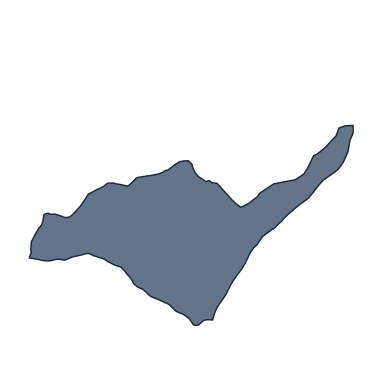 the district of Chhali, Mongar, Bhutan, rotated 205°
{"feature_id": "84629894B6753037066473", "entity_name": "Chhali", "entity_type": "district", "adm_level": 2, "iso_a3": "BTN", "parent_name": "Bhutan", "parent_adm1": "Mongar", "projection": "equal_earth", "projection_center": [91.234, 27.295], "detail": "fine", "context": "isolated", "style": "filled", "palette": "slate", "viewbox_px": 384, "rotation_deg": 205, "n_neighbors": 0, "source": "geoboundaries", "source_scale": "gbopen_adm2", "svg_char_len": 2657}
<svg xmlns="http://www.w3.org/2000/svg" viewBox="0 0 384 384"><g transform="rotate(205 192 192)"><path d="M316.5,109.3L316.3,107.8L314.8,102.9L314.4,98.4L315.5,94.5L316.2,86.6L316.5,78.9L313.3,70.8L311.9,69.0L311.9,67.0L311.6,63.6L301.4,66.3L300.1,66.4L297.0,67.3L293.4,68.6L290.7,70.3L287.0,73.3L284.5,74.7L279.5,76.2L278.4,76.5L275.6,79.6L274.2,81.2L271.9,83.5L269.3,85.4L266.5,87.5L264.7,89.0L263.5,90.0L262.3,91.2L260.4,92.3L258.5,92.7L257.2,92.7L253.5,92.7L252.2,93.1L248.6,93.3L247.5,93.7L244.2,94.1L242.3,94.0L240.1,93.5L238.4,93.3L231.0,93.2L224.5,93.9L222.5,92.9L220.9,92.4L219.4,91.8L216.2,90.1L213.3,89.0L210.2,87.3L207.7,85.6L206.4,84.5L204.2,83.7L201.8,83.0L199.7,82.9L196.6,83.0L194.2,82.7L191.3,81.8L188.1,80.6L185.5,80.0L183.3,79.9L180.2,80.2L178.6,80.2L173.6,80.4L170.0,80.2L167.3,80.6L164.3,80.1L161.5,79.0L158.1,77.8L155.8,77.2L152.7,77.2L149.1,77.5L145.6,77.1L140.6,75.8L137.1,73.8L134.6,72.2L131.9,72.8L129.9,74.2L128.7,77.0L127.1,80.5L124.5,82.6L119.2,84.8L120.3,91.0L120.5,93.7L120.4,98.1L119.9,102.3L118.7,108.4L117.9,114.1L117.9,116.8L117.7,124.4L116.9,130.8L116.1,135.3L115.8,136.7L114.4,143.0L113.7,150.0L113.6,156.8L113.6,161.0L112.7,166.2L112.0,169.0L110.8,171.6L110.3,175.4L109.8,178.7L108.9,182.1L107.6,184.5L104.4,190.3L101.6,195.1L99.6,200.9L98.4,203.3L97.4,207.5L94.5,214.6L92.1,220.0L89.1,226.1L86.6,230.7L83.8,235.7L82.5,240.8L81.1,246.9L79.4,254.0L77.8,258.6L75.0,263.6L73.3,266.3L70.9,270.8L69.1,274.4L68.5,277.4L67.5,282.9L67.5,288.1L67.7,294.6L69.6,301.5L70.8,306.3L70.8,312.8L72.5,317.1L74.3,320.4L81.3,316.6L85.8,312.1L85.3,305.8L85.1,304.0L85.7,302.2L86.8,298.8L89.9,289.1L90.4,288.0L93.6,281.1L95.2,278.5L97.1,276.4L97.2,269.6L97.3,262.5L98.2,255.6L100.0,252.5L103.6,246.7L109.0,242.8L112.2,240.5L117.1,237.0L121.3,234.0L126.2,225.9L130.2,219.2L130.6,215.6L132.7,211.6L135.9,205.5L141.3,198.7L147.1,200.0L151.0,201.3L153.0,201.9L156.4,203.4L164.3,206.8L169.6,209.1L173.1,210.4L177.7,208.8L181.3,209.6L183.7,207.3L188.3,208.1L192.9,208.7L196.9,210.6L200.9,213.6L204.1,217.3L208.6,218.7L210.1,217.9L212.6,216.7L216.3,213.8L219.1,209.4L221.4,204.9L223.3,201.5L225.0,200.4L227.2,197.1L228.2,196.0L230.1,194.1L232.0,192.6L237.5,188.7L238.6,188.2L240.0,187.2L246.9,182.5L248.1,181.4L248.7,180.2L249.4,177.9L250.2,175.9L251.2,173.1L252.3,170.9L253.0,170.1L255.4,169.6L257.4,169.0L258.8,168.8L260.0,168.5L261.3,168.2L263.8,167.4L267.0,166.9L270.2,165.3L272.2,164.4L273.4,162.0L274.4,159.9L275.3,158.6L279.1,154.2L281.0,151.5L285.1,146.1L285.8,139.4L287.3,131.7L290.5,121.3L292.5,117.5L295.9,115.2L300.9,114.8L306.3,114.2L310.6,112.1L313.5,111.9L316.5,109.3Z" fill="#64748b" stroke="#1e293b" stroke-width="1.5"/></g></svg>